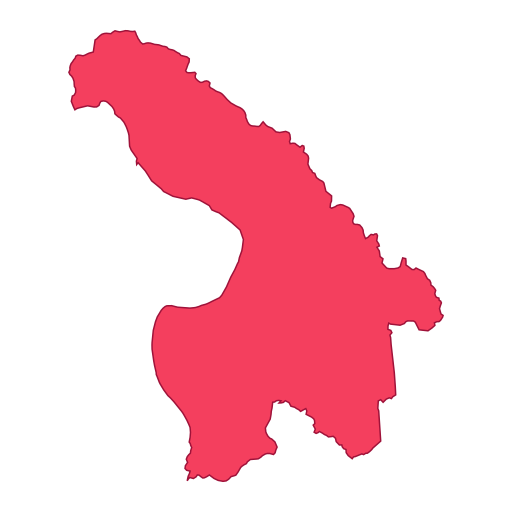 Araguatins, Tocantins, Brazil
{"feature_id": "56859067B78666971214463", "entity_name": "Araguatins", "entity_type": "district", "adm_level": 2, "iso_a3": "BRA", "parent_name": "Brazil", "parent_adm1": "Tocantins", "projection": "robinson", "projection_center": [-48.121, -5.645], "detail": "fine", "context": "isolated", "style": "filled", "palette": "rose", "viewbox_px": 512, "rotation_deg": 0, "n_neighbors": 0, "source": "geoboundaries", "source_scale": "gbopen_adm2", "svg_char_len": 5983}
<svg xmlns="http://www.w3.org/2000/svg" viewBox="0 0 512 512"><path d="M221.8,295.2L219.6,297.7L211.3,301.7L209.8,302.5L207.2,303.7L205.6,304.3L201.5,305.4L199.0,306.5L195.6,307.5L193.4,307.8L189.8,308.1L177.6,307.2L171.7,305.7L166.9,305.8L165.2,306.5L163.1,308.2L161.2,310.4L157.3,316.9L155.5,321.7L153.3,330.3L152.1,342.4L152.0,344.9L152.1,349.3L153.7,360.6L154.5,365.2L156.2,372.6L156.3,374.6L157.0,376.2L159.3,382.2L160.2,384.0L163.8,390.0L167.9,395.6L170.3,397.8L173.8,401.6L181.6,411.3L183.0,413.3L184.4,415.7L187.0,420.4L188.0,422.6L188.8,424.3L190.1,427.5L190.5,432.4L190.1,437.4L189.2,442.1L190.3,443.6L190.7,445.4L191.7,447.5L190.7,450.7L190.4,453.2L188.9,454.6L187.3,456.6L186.3,459.2L187.6,462.4L185.4,465.7L185.0,468.5L186.7,470.3L190.1,471.1L189.4,473.6L188.2,476.2L187.2,480.8L188.5,478.8L189.8,477.5L193.4,478.5L196.1,476.8L197.3,475.0L199.0,475.1L200.8,476.6L202.8,478.0L204.4,477.8L206.5,476.8L209.4,475.0L214.1,478.5L218.2,480.4L223.0,481.3L226.1,480.9L228.7,479.2L231.1,476.6L234.0,475.8L235.8,475.2L238.0,472.1L240.7,467.4L242.0,466.2L244.0,464.8L246.4,463.6L247.3,461.9L250.3,459.5L256.7,459.0L258.3,458.8L260.8,457.2L262.5,455.6L265.5,453.9L267.2,453.5L269.8,453.5L273.5,454.5L275.1,452.8L275.9,449.8L277.1,447.1L274.9,441.9L271.7,439.0L270.0,438.3L268.0,436.3L266.5,433.6L265.8,431.9L265.4,427.9L270.2,419.1L271.0,414.6L271.3,411.2L272.0,408.1L272.7,402.2L274.6,402.0L276.5,400.7L278.7,400.4L281.0,400.8L279.0,403.0L281.1,402.9L283.4,402.4L285.3,400.7L289.1,402.7L290.9,406.2L294.8,407.3L296.3,408.4L298.8,409.7L300.6,411.4L303.1,410.0L305.8,408.6L306.8,410.9L306.1,414.3L311.6,417.1L313.7,418.8L314.5,420.4L314.8,423.6L313.2,425.1L315.3,429.1L314.1,432.2L316.1,433.4L317.9,432.7L319.5,431.5L322.7,433.3L324.4,434.5L326.5,435.4L328.4,436.9L330.6,436.7L333.2,436.3L335.5,438.3L336.2,441.6L339.4,445.0L341.8,444.9L342.2,446.7L343.7,448.7L346.0,449.5L346.2,452.7L348.2,455.6L352.2,458.7L353.5,456.9L355.2,456.6L361.9,453.9L363.6,454.6L365.7,453.3L367.4,453.2L369.6,451.6L371.8,449.5L372.8,448.1L380.7,441.1L378.7,410.8L377.8,408.4L378.3,400.9L380.7,399.7L383.1,402.3L386.3,399.1L389.3,397.8L391.4,398.6L392.7,396.8L395.7,394.9L395.3,386.9L394.3,372.8L391.1,344.5L390.6,337.5L389.9,335.1L391.9,332.7L390.8,330.4L387.9,329.3L388.0,325.9L388.8,323.1L390.5,324.1L400.1,325.2L404.4,323.5L405.7,321.8L407.6,320.9L413.6,321.0L415.3,322.2L419.1,329.8L428.0,330.8L432.1,327.9L434.9,325.4L434.4,322.8L436.8,321.7L439.0,321.6L440.5,320.4L442.6,317.2L443.1,315.4L441.0,314.0L439.5,308.7L440.2,306.2L441.4,302.9L440.7,301.2L439.2,300.3L438.9,298.1L436.4,297.3L435.4,295.7L434.8,293.6L435.7,290.3L434.6,288.5L433.2,286.8L430.9,285.0L430.8,282.8L429.7,280.3L427.4,278.7L425.6,275.3L424.9,273.5L423.4,271.6L418.7,269.4L416.0,268.0L414.1,269.6L412.0,269.5L408.4,266.7L406.0,265.0L406.0,260.9L405.7,258.6L402.7,257.9L401.3,262.4L400.2,266.6L398.0,268.0L394.2,268.7L391.4,268.7L389.1,268.7L386.7,268.1L382.0,263.0L383.0,258.8L380.1,256.6L379.3,251.0L376.9,247.2L379.3,246.0L378.8,244.0L376.7,240.8L377.5,235.7L376.6,233.9L374.8,234.0L373.5,234.9L371.1,234.4L369.3,235.9L368.2,237.2L365.5,238.6L364.3,235.6L363.4,232.9L363.1,230.1L362.1,227.8L359.7,225.0L357.3,224.4L355.2,224.4L353.7,223.8L352.8,222.3L352.7,220.3L354.0,216.3L353.1,213.6L349.7,208.4L348.3,207.5L342.8,205.0L340.4,204.6L338.8,205.0L337.0,205.5L335.3,206.7L331.5,208.2L330.1,207.3L330.5,203.5L331.5,201.0L331.6,195.9L325.9,191.3L323.9,183.0L322.7,181.5L319.4,179.8L316.5,177.6L315.7,175.9L314.8,173.4L312.5,172.5L311.7,170.5L309.9,168.8L307.9,164.1L308.6,158.2L308.1,156.0L306.6,154.2L303.4,152.0L304.2,148.3L303.8,146.1L302.2,145.5L300.0,147.2L297.2,145.2L294.9,143.4L292.9,143.2L290.2,143.7L289.5,141.5L290.4,139.0L289.9,134.7L288.9,132.7L285.7,131.4L279.7,132.5L276.0,131.9L272.1,128.2L270.0,127.4L267.7,126.5L265.7,124.9L264.5,123.4L263.1,121.8L261.5,123.6L260.3,125.4L258.8,126.5L256.7,126.4L254.7,126.1L252.7,126.0L250.6,125.5L248.9,124.1L247.4,121.6L246.6,119.3L245.8,117.5L245.8,115.1L244.9,112.5L243.6,110.5L241.8,108.8L239.9,107.6L237.7,106.7L235.6,105.7L233.2,104.3L230.9,103.0L227.2,99.6L225.9,98.1L224.5,96.5L223.1,95.0L221.6,93.6L219.7,92.5L217.4,91.7L215.6,90.9L213.8,89.6L211.9,88.5L210.3,87.7L209.3,86.0L210.0,83.0L208.3,81.4L206.6,80.9L204.6,81.2L202.3,82.3L200.5,82.4L198.5,81.2L196.4,79.3L195.3,77.9L195.2,75.7L196.0,73.6L194.8,72.3L193.0,72.5L190.9,72.7L188.8,72.8L186.9,72.5L185.6,70.7L186.6,68.4L187.3,66.3L188.1,64.1L189.1,62.0L189.3,58.8L186.9,56.9L180.9,55.4L179.3,53.5L177.5,52.7L175.7,51.6L173.9,50.4L172.1,49.8L170.4,49.5L168.4,48.9L166.8,47.1L164.9,46.5L163.0,46.3L160.9,45.6L158.9,44.9L156.7,44.6L154.6,44.4L152.7,43.8L150.3,43.1L148.0,42.9L146.2,43.1L144.4,43.7L142.7,44.0L140.5,42.2L139.3,40.2L138.1,38.6L137.3,36.6L136.4,35.0L135.7,32.8L134.8,31.2L132.9,31.5L130.6,31.4L127.8,30.8L125.3,30.7L122.8,31.3L119.8,31.9L117.3,31.4L115.0,30.8L112.7,32.2L110.9,33.7L106.3,33.3L104.3,33.5L102.0,34.2L100.2,35.5L98.4,37.2L96.7,38.9L95.1,39.9L93.3,52.0L91.2,52.6L89.2,53.1L87.0,54.1L85.1,55.1L83.0,55.8L80.5,55.3L77.8,55.1L75.9,56.1L75.1,58.3L73.6,60.0L72.6,61.7L71.1,63.6L70.3,65.7L69.9,67.4L70.0,69.9L68.9,72.3L69.9,74.5L71.6,76.1L73.0,78.3L74.1,81.6L74.2,84.2L74.4,86.5L75.4,87.9L75.7,89.9L75.6,92.5L74.2,95.1L72.3,96.1L71.3,101.3L73.4,106.6L74.9,109.8L76.7,108.6L78.8,107.9L87.6,105.8L93.9,107.0L96.7,106.9L99.0,105.4L99.8,103.1L100.9,101.4L103.4,100.9L105.8,101.3L107.5,102.3L112.0,106.5L113.7,109.0L114.6,111.3L114.9,113.8L116.5,115.3L118.5,117.0L120.4,118.0L123.8,122.0L124.7,123.6L126.2,126.6L127.1,128.9L128.4,132.8L129.0,135.4L129.6,146.2L130.5,148.4L131.3,150.2L137.1,158.5L136.4,161.2L136.7,164.5L138.1,162.7L145.3,170.9L148.1,175.2L151.6,180.8L161.3,188.8L163.6,191.5L173.0,196.3L185.8,199.2L191.6,197.9L197.4,199.4L199.6,200.1L209.3,205.6L211.9,209.9L216.2,211.8L219.0,212.8L231.7,222.5L240.1,230.0L243.4,239.5L242.4,247.5L241.8,250.9L239.4,257.6L238.5,261.9L237.6,263.4L234.8,269.7L230.8,277.1L226.5,286.9L221.8,295.2Z" fill="#f43f5e" stroke="#9f1239" stroke-width="1.5"/></svg>